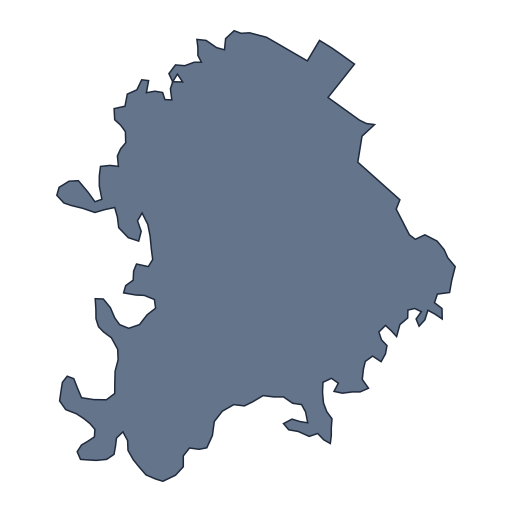 Paraíso, Santa Catarina, Brazil
{"feature_id": "56859067B88081254239904", "entity_name": "Paraíso", "entity_type": "district", "adm_level": 2, "iso_a3": "BRA", "parent_name": "Brazil", "parent_adm1": "Santa Catarina", "projection": "mercator", "projection_center": [-53.691, -26.665], "detail": "fine", "context": "isolated", "style": "filled", "palette": "slate", "viewbox_px": 512, "rotation_deg": 0, "n_neighbors": 0, "source": "geoboundaries", "source_scale": "gbopen_adm2", "svg_char_len": 2700}
<svg xmlns="http://www.w3.org/2000/svg" viewBox="0 0 512 512"><path d="M442.2,319.0L442.0,308.5L434.5,302.7L437.4,294.1L449.6,292.5L451.7,280.6L455.2,266.6L447.8,257.8L444.1,249.6L437.1,241.1L424.9,234.8L415.3,239.3L409.4,234.8L396.2,209.1L399.9,199.8L357.8,162.2L362.0,136.2L374.5,124.6L366.3,123.5L359.4,120.1L328.0,97.5L354.5,64.1L337.9,52.2L332.0,48.1L319.5,40.4L307.3,60.9L266.6,37.3L249.6,32.8L241.1,33.3L234.1,30.7L225.6,38.6L224.5,49.8L216.5,47.6L206.1,40.4L196.9,39.4L197.9,47.6L197.9,55.4L201.4,62.2L194.3,62.2L184.7,65.7L175.5,64.9L168.9,73.6L172.7,81.8L170.4,88.8L171.8,99.9L164.9,99.6L162.6,92.5L154.9,91.2L146.4,92.7L148.6,80.6L141.7,79.8L136.9,89.8L127.3,94.1L125.0,106.2L114.1,108.6L114.7,119.8L120.6,125.1L125.4,131.7L125.7,142.8L120.7,148.7L117.4,155.9L118.4,166.4L110.2,165.4L100.5,166.4L99.3,175.9L99.3,186.1L101.9,199.3L94.9,201.7L87.8,191.9L78.4,180.7L69.0,181.2L59.1,187.3L56.8,195.3L63.9,203.0L71.6,205.6L82.7,208.3L94.9,212.5L104.8,209.6L114.7,207.5L117.4,217.0L118.7,227.7L128.3,237.7L138.7,241.1L141.2,231.4L137.5,220.8L142.1,213.0L147.8,224.4L150.1,236.1L151.3,248.8L152.7,259.5L148.3,266.6L136.5,264.0L133.6,271.1L133.2,280.1L125.7,285.6L123.6,292.9L135.8,295.0L144.3,295.4L154.4,299.5L155.6,308.2L147.1,314.8L139.5,324.6L128.7,328.3L119.6,324.6L114.8,318.0L110.4,307.7L103.3,299.0L95.2,298.7L95.9,309.8L96.0,318.8L98.5,326.7L103.6,332.0L111.4,337.8L117.7,349.3L118.1,359.8L115.1,371.2L114.8,383.6L114.7,393.5L106.4,399.8L93.7,399.6L81.5,397.7L77.2,387.4L73.8,378.7L67.2,376.2L62.4,382.4L61.0,391.1L59.6,400.9L65.7,409.6L76.5,413.8L83.8,418.6L90.0,423.6L94.9,429.4L94.4,436.9L87.6,441.4L81.5,445.0L77.2,451.7L80.5,459.4L87.6,459.9L96.3,460.4L106.6,459.4L114.0,454.4L115.5,446.2L116.5,438.0L122.9,431.9L127.6,440.5L128.0,450.4L133.2,459.6L138.7,466.5L146.0,474.9L155.3,478.9L162.9,481.3L175.5,475.2L183.3,466.8L183.3,455.9L189.5,448.0L199.1,449.3L206.8,447.8L212.4,435.5L214.3,421.5L222.3,411.2L233.8,404.6L244.4,405.9L252.9,401.7L263.1,395.6L273.6,396.9L283.5,396.9L292.7,403.3L301.6,404.6L305.6,412.0L307.7,422.8L299.7,421.5L292.0,419.1L283.5,423.6L288.7,429.8L298.3,431.5L309.2,436.4L317.7,433.5L323.7,439.8L330.3,443.5L331.3,435.5L331.3,427.8L332.0,418.8L326.8,411.7L323.5,403.0L322.5,392.2L323.0,382.3L331.4,378.3L338.3,383.2L334.0,391.4L342.5,393.2L352.4,391.9L360.1,391.9L368.5,388.2L362.3,379.5L363.4,369.3L365.3,361.4L372.6,356.1L381.1,361.7L385.5,353.8L387.0,345.6L381.5,339.9L378.9,332.0L385.5,325.4L391.4,330.9L396.6,336.6L399.9,324.6L407.7,318.0L407.9,310.1L414.7,308.5L421.3,311.7L416.1,319.0L419.1,326.2L424.9,319.8L427.9,310.3L434.8,314.0L442.2,319.0ZM172.7,81.8L177.4,74.1L182.6,81.9L172.7,81.8Z" fill="#64748b" stroke="#1e293b" stroke-width="1.5"/></svg>